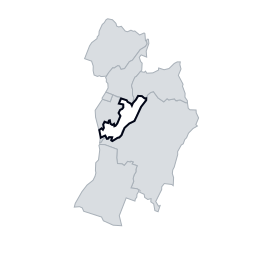 Republic of the Congo highlighted, Equal Earth projection, rotated 20°
{"feature_id": "COG", "entity_name": "Republic of the Congo", "entity_type": "country or territory", "adm_level": 0, "iso_a3": "COG", "parent_name": "Africa", "parent_adm1": "", "projection": "equal_earth", "projection_center": [14.374, -0.658], "detail": "coarse", "context": "with_neighbors", "style": "outline", "palette": "ink", "viewbox_px": 256, "rotation_deg": 20, "n_neighbors": 7, "source": "natural_earth", "source_scale": "50m", "svg_char_len": 4647}
<svg xmlns="http://www.w3.org/2000/svg" viewBox="0 0 256 256"><g transform="rotate(20 128 128)"><path d="M183.8,136.0L184.8,148.9L184.4,152.1L185.2,155.6L187.8,159.0L190.2,166.7L188.4,166.1L181.1,167.8L179.8,171.7L180.7,174.4L179.2,187.6L183.4,191.0L184.7,189.9L184.9,196.4L181.5,196.4L178.1,190.5L174.7,189.6L173.8,186.5L171.0,188.4L167.4,187.5L165.9,184.8L161.0,184.4L160.7,182.5L157.2,182.0L151.3,183.3L151.6,176.1L150.1,173.9L149.8,170.1L150.5,166.5L149.6,164.1L149.5,160.3L144.1,160.4L144.5,158.2L142.2,158.2L141.9,159.2L139.1,159.5L137.3,164.5L134.8,163.7L130.3,165.0L127.6,159.9L125.2,151.7L111.8,151.6L107.1,153.1L106.4,151.2L107.6,150.5L108.5,146.3L110.1,145.0L111.3,145.6L112.8,143.3L115.3,143.4L115.6,145.1L117.3,146.2L123.7,137.4L123.6,132.4L125.6,126.5L130.6,120.4L131.1,118.4L132.0,114.1L132.3,105.2L134.5,98.1L135.2,90.2L137.0,87.1L139.4,85.1L146.0,89.5L152.7,91.2L154.7,87.1L156.7,87.7L161.7,84.7L163.5,86.0L165.0,85.8L165.7,84.3L167.4,83.8L173.7,84.5L175.2,83.9L177.9,88.9L180.0,89.7L185.8,87.8L186.9,90.4L190.9,94.4L190.6,101.6L192.5,102.4L189.3,106.2L186.6,112.2L186.4,117.1L185.3,119.4L185.3,124.0L183.9,125.7L182.7,133.2L183.8,136.0Z" fill="#d9dde1" stroke="#a8b0b8" stroke-width="1"/><path d="M63.5,77.7L63.8,64.0L64.7,60.2L68.3,54.6L67.9,52.9L68.8,50.5L67.8,46.9L68.4,39.5L69.7,37.1L70.4,33.6L71.6,32.3L76.4,31.6L80.9,33.8L82.5,36.1L84.8,36.2L86.9,34.7L92.3,37.9L94.6,37.7L97.3,35.1L99.9,35.3L101.2,34.5L107.1,36.6L110.6,33.2L111.6,33.5L114.6,40.1L115.5,39.9L117.2,42.3L116.5,45.4L112.7,50.1L109.0,62.7L106.6,65.2L104.5,73.3L101.4,75.3L98.8,72.8L97.1,72.9L94.4,76.5L93.1,76.5L89.8,86.7L85.1,88.9L83.3,88.6L81.6,90.0L78.0,89.8L75.6,86.0L74.1,81.6L70.9,77.6L63.5,77.7Z" fill="#d9dde1" stroke="#a8b0b8" stroke-width="1"/><path d="M116.9,37.7L118.7,41.5L118.8,49.5L121.3,55.0L115.4,54.8L114.4,57.7L117.1,61.2L119.1,62.2L121.1,68.9L118.2,76.7L117.1,77.9L116.8,87.0L119.0,90.1L121.0,95.5L123.1,97.4L123.8,102.0L123.4,105.3L116.2,102.2L94.9,101.9L95.6,97.1L93.8,93.0L91.8,92.0L90.9,89.3L89.7,88.4L90.9,82.4L93.1,76.5L94.4,76.5L97.1,72.9L98.8,72.8L101.4,75.3L104.5,73.3L106.6,65.2L109.0,62.7L112.7,50.1L116.5,45.4L117.2,42.3L115.5,39.9L115.6,38.0L116.9,37.7Z" fill="#d9dde1" stroke="#a8b0b8" stroke-width="1"/><path d="M175.2,83.9L173.7,84.5L167.4,83.8L163.5,86.0L161.7,84.7L156.7,87.7L154.7,87.1L152.7,91.2L146.0,89.5L139.4,85.1L137.0,87.1L135.2,90.2L134.8,94.4L128.8,93.1L126.1,96.3L123.8,102.0L123.1,97.4L121.0,95.5L119.0,90.1L116.8,87.0L116.7,82.6L117.1,77.9L118.2,76.7L120.4,70.6L124.2,70.1L125.0,68.6L126.9,70.1L132.5,67.7L136.8,63.2L136.3,61.1L142.0,60.9L146.2,58.1L149.4,51.5L151.6,49.1L154.5,48.0L155.0,50.6L157.6,54.4L157.3,61.3L164.8,68.1L164.9,70.1L169.8,75.9L171.0,79.6L174.4,82.0L175.2,83.9Z" fill="#d9dde1" stroke="#a8b0b8" stroke-width="1"/><path d="M102.3,102.0L107.2,102.5L109.9,101.7L110.5,102.0L110.1,104.7L111.4,107.8L114.8,107.3L115.9,108.5L113.9,115.6L116.1,119.2L116.6,124.0L116.0,128.0L114.6,130.9L110.6,130.7L108.2,127.7L107.8,130.4L104.8,131.2L103.2,132.7L104.9,136.8L101.5,140.1L93.8,128.9L91.1,122.6L94.2,109.7L102.3,109.4L102.3,102.0Z" fill="#d9dde1" stroke="#a8b0b8" stroke-width="1"/><path d="M94.9,101.9L102.3,102.0L102.3,109.4L94.2,109.7L93.4,108.8L94.9,101.9Z" fill="#d9dde1" stroke="#a8b0b8" stroke-width="1"/><path d="M110.1,145.0L108.5,146.3L107.6,150.5L106.4,151.2L105.2,146.6L108.4,142.9L110.1,145.0ZM107.1,153.1L111.8,151.6L125.2,151.7L127.6,159.9L130.3,165.0L134.8,163.7L137.3,164.5L139.1,159.5L141.9,159.2L142.2,158.2L144.5,158.2L144.1,160.4L149.5,160.3L149.6,164.1L150.5,166.5L149.8,170.1L150.1,173.9L151.6,176.1L151.3,183.3L157.2,182.0L159.2,182.4L159.7,184.2L159.1,187.2L159.9,190.0L159.2,192.3L159.5,194.3L150.2,194.3L149.8,213.4L155.5,222.0L147.3,224.4L136.6,223.6L133.6,220.7L114.9,221.4L112.3,218.7L109.4,218.5L104.6,220.7L104.2,216.9L106.5,203.6L109.0,195.7L113.0,189.1L113.5,184.6L113.2,181.2L111.9,179.0L109.6,171.7L111.2,168.0L108.9,158.1L106.6,154.2L107.1,153.1Z" fill="#d9dde1" stroke="#a8b0b8" stroke-width="1"/><path d="M101.7,139.7L103.3,137.3L105.0,138.2L105.3,136.1L103.5,133.2L103.8,130.1L107.6,130.1L107.5,127.6L108.3,127.0L110.1,130.0L112.2,130.5L113.4,128.9L114.6,131.0L115.5,130.2L116.4,127.4L116.8,119.3L114.0,117.1L114.4,113.7L116.1,112.0L116.6,110.3L115.5,107.5L111.1,108.2L111.4,102.6L117.3,102.4L118.7,103.6L122.5,104.1L124.0,105.6L124.1,103.0L125.8,98.6L126.5,94.4L130.2,93.3L133.5,94.5L135.0,93.8L135.6,95.7L133.1,103.5L131.7,119.2L127.7,123.3L124.7,129.1L124.4,137.0L123.1,139.9L121.6,140.8L117.8,145.6L116.5,145.3L116.3,142.1L113.4,143.0L113.1,144.7L112.0,145.4L109.2,142.9L105.7,146.4L101.7,139.7Z" fill="none" stroke="#020617" stroke-width="2"/></g></svg>